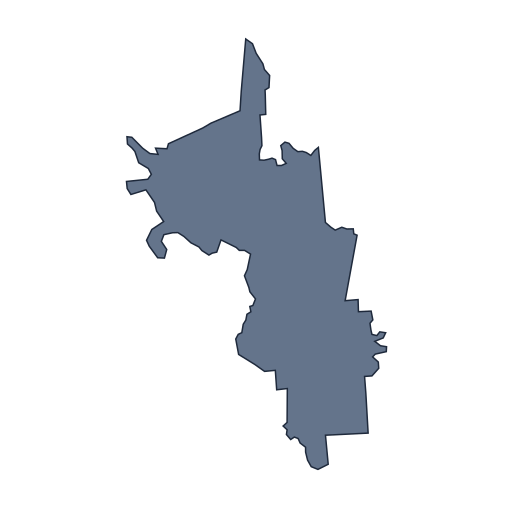 Viadutos, Rio Grande do Sul, Brazil, rotated 176°
{"feature_id": "56859067B3456696315271", "entity_name": "Viadutos", "entity_type": "district", "adm_level": 2, "iso_a3": "BRA", "parent_name": "Brazil", "parent_adm1": "Rio Grande do Sul", "projection": "equal_earth", "projection_center": [-51.984, -27.576], "detail": "fine", "context": "isolated", "style": "filled", "palette": "slate", "viewbox_px": 512, "rotation_deg": 176, "n_neighbors": 0, "source": "geoboundaries", "source_scale": "gbopen_adm2", "svg_char_len": 2014}
<svg xmlns="http://www.w3.org/2000/svg" viewBox="0 0 512 512"><g transform="rotate(176 256 256)"><path d="M229.8,435.1L234.6,441.5L235.7,447.2L241.7,458.2L244.7,468.0L251.1,473.2L259.2,421.6L261.8,402.0L291.6,391.7L300.2,387.4L335.5,374.1L337.3,369.2L348.7,370.6L346.6,364.2L354.7,365.6L361.6,371.5L371.6,383.1L376.4,384.0L376.4,376.7L372.2,372.4L369.5,368.7L366.5,357.2L357.3,350.8L354.7,344.8L358.6,340.1L380.0,339.4L379.8,332.3L376.5,326.1L361.2,329.7L353.5,316.5L352.0,307.7L345.7,296.8L358.1,289.7L364.1,279.3L361.8,273.2L354.2,261.1L347.5,260.3L344.6,268.7L349.4,277.2L346.4,283.7L337.7,285.0L332.3,284.8L326.5,280.5L320.0,273.7L312.3,269.0L309.6,265.2L302.9,260.2L299.5,261.9L294.9,262.6L289.8,274.5L275.1,265.9L272.3,262.8L267.0,262.4L261.3,258.3L265.7,243.0L268.9,237.1L265.3,225.0L264.6,220.7L259.5,213.2L262.6,206.8L265.7,206.1L265.0,200.7L269.1,198.5L270.6,192.8L273.5,188.8L275.5,180.5L279.2,179.1L282.0,174.6L280.2,159.0L264.9,148.0L255.5,140.3L244.7,140.6L244.7,133.2L244.7,121.1L234.0,121.6L236.6,87.8L240.8,84.5L237.1,80.5L238.1,75.8L234.2,70.5L230.4,72.7L226.7,71.0L225.0,66.3L219.9,61.8L220.2,56.9L218.8,48.8L215.6,42.0L209.1,38.8L198.5,43.2L199.2,72.4L191.2,72.2L156.5,71.5L156.0,111.3L156.1,128.3L148.7,128.3L141.4,135.4L141.4,141.7L146.7,147.2L143.9,149.8L132.7,151.5L132.1,156.4L138.1,157.8L143.5,162.6L134.8,165.4L132.0,170.4L137.8,171.7L141.0,168.2L145.8,169.7L146.5,174.1L147.0,181.0L143.9,184.1L145.0,193.0L157.7,193.3L157.2,205.4L170.2,205.2L153.7,269.7L156.9,271.3L157.1,276.3L163.5,276.6L168.4,278.7L175.2,276.3L179.4,279.6L184.4,284.6L186.2,360.0L190.0,357.3L194.3,352.5L198.6,355.7L202.4,357.2L207.0,357.2L211.4,360.8L215.2,366.1L219.2,367.6L223.6,364.4L222.6,359.3L223.0,351.2L219.4,346.3L224.3,344.5L228.7,344.8L229.8,350.8L233.2,352.5L236.5,351.7L241.3,351.0L245.8,351.6L245.6,357.6L244.5,362.0L242.4,365.6L242.2,373.7L242.2,388.8L242.2,396.4L236.4,396.6L235.5,416.2L235.4,421.0L231.3,423.1L230.5,429.6L229.8,435.1Z" fill="#64748b" stroke="#1e293b" stroke-width="1.5"/></g></svg>